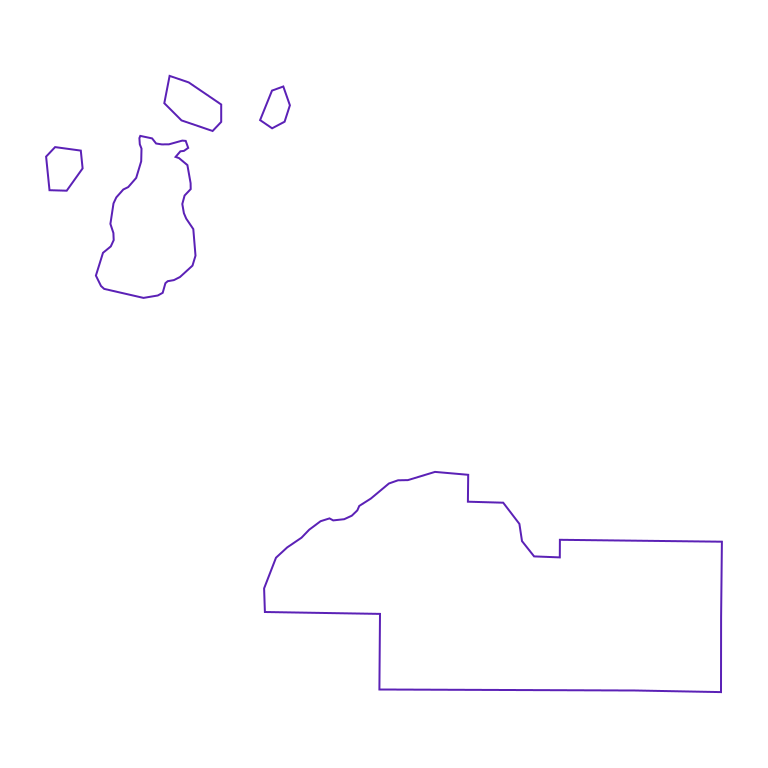 Charlevoix, Michigan, United States of America
{"feature_id": "52423323B98069421042704", "entity_name": "Charlevoix", "entity_type": "district", "adm_level": 2, "iso_a3": "USA", "parent_name": "United States of America", "parent_adm1": "Michigan", "projection": "robinson", "projection_center": [-85.407, 45.472], "detail": "fine", "context": "isolated", "style": "outline", "palette": "violet", "viewbox_px": 768, "rotation_deg": 0, "n_neighbors": 0, "source": "geoboundaries", "source_scale": "gbopen_adm2", "svg_char_len": 1341}
<svg xmlns="http://www.w3.org/2000/svg" viewBox="0 0 768 768"><path d="M721.1,617.1L721.9,541.7L559.9,539.8L559.8,557.4L534.1,556.4L522.0,541.1L519.4,523.9L503.2,502.7L467.9,501.7L468.2,474.8L435.0,471.9L407.9,480.1L398.0,480.3L388.9,483.5L370.8,498.6L359.3,505.9L357.3,510.4L351.8,515.7L344.2,519.2L333.2,520.4L329.5,518.4L320.6,521.2L309.2,529.7L301.5,537.7L287.2,547.4L276.0,557.7L264.1,588.4L264.9,612.0L380.0,613.9L379.4,689.5L635.3,690.5L721.0,692.1L721.1,617.1ZM95.9,275.6L101.0,286.0L104.2,288.9L143.5,297.9L157.8,295.5L162.7,292.8L165.4,283.2L167.7,281.2L173.9,280.1L180.0,277.0L192.5,265.6L195.5,255.7L193.3,229.1L186.2,218.6L183.9,213.2L182.3,204.0L184.6,195.5L190.7,189.1L190.6,183.2L187.4,165.1L179.0,158.1L175.6,156.9L180.4,151.3L183.9,150.9L188.2,147.9L185.7,140.9L182.3,140.6L169.0,144.3L161.8,144.4L156.1,143.5L152.1,138.4L140.3,135.9L139.4,138.1L139.8,144.3L141.5,148.6L141.2,161.3L136.2,177.9L128.2,187.1L123.3,189.5L116.3,197.4L113.5,203.4L110.4,223.9L113.4,233.0L113.7,240.1L110.8,246.4L103.0,252.8L95.9,275.6ZM169.6,75.9L164.3,103.2L181.5,120.4L212.6,131.0L221.2,121.9L221.2,104.5L188.7,82.4L169.6,75.9ZM46.1,156.6L49.5,190.2L66.7,190.7L82.6,168.4L80.8,150.6L55.1,147.1L46.1,156.6ZM260.1,120.1L272.1,128.3L284.6,121.7L289.9,105.3L283.3,86.5L272.0,90.6L260.1,120.1Z" fill="none" stroke="#5b21b6" stroke-width="2"/></svg>